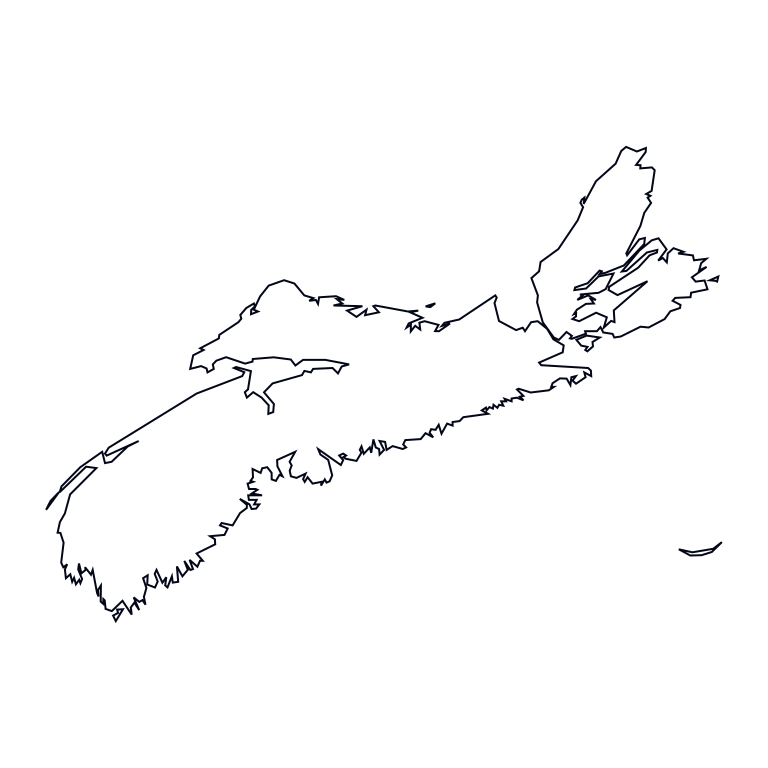 map outline of Nova Scotia (Equal Earth projection)
{"feature_id": "CAN-685", "entity_name": "Nova Scotia", "entity_type": "Province", "adm_level": 1, "iso_a3": "CAN", "parent_name": "Canada", "parent_adm1": "", "projection": "equal_earth", "projection_center": [-62.958, 45.228], "detail": "fine", "context": "isolated", "style": "outline", "palette": "ink", "viewbox_px": 768, "rotation_deg": 0, "n_neighbors": 0, "source": "natural_earth", "source_scale": "10m", "svg_char_len": 6097}
<svg xmlns="http://www.w3.org/2000/svg" viewBox="0 0 768 768"><path d="M268.7,285.6L284.1,280.2L294.4,283.5L304.3,295.4L313.4,298.1L309.2,300.8L315.9,300.0L318.0,303.9L319.1,297.3L336.0,296.2L344.3,299.9L336.8,299.1L342.3,303.5L333.5,305.5L362.4,306.2L347.1,310.6L356.5,316.9L366.5,309.7L365.1,315.2L378.9,312.3L373.4,306.2L375.4,305.5L408.0,311.5L418.3,310.6L410.1,312.3L422.5,317.8L408.7,323.4L406.6,327.6L410.9,324.7L410.8,331.4L415.2,325.8L420.2,329.5L419.4,322.7L424.6,321.2L438.5,324.9L435.1,331.1L439.0,331.2L450.0,323.5L441.9,325.9L444.5,322.8L459.2,319.5L495.3,295.4L496.7,297.6L494.5,303.1L499.0,321.0L516.1,330.1L522.7,327.7L525.0,331.2L531.1,322.2L537.7,321.2L547.1,328.8L553.4,339.3L563.7,345.4L562.7,352.3L539.1,362.6L541.2,365.2L588.1,368.0L590.9,370.6L591.2,376.1L584.3,372.4L585.6,377.2L576.0,383.7L572.6,380.6L575.9,376.1L571.4,377.2L570.4,385.1L566.6,378.6L559.9,378.4L552.6,383.2L551.2,386.9L553.9,386.9L548.8,390.3L530.7,392.5L518.6,388.7L517.0,389.5L523.4,395.9L519.9,396.7L523.5,400.3L516.9,397.7L511.6,398.5L511.6,401.3L504.6,398.8L506.0,401.3L501.2,401.3L503.3,405.7L499.1,404.8L497.4,407.8L493.5,404.8L492.9,408.6L489.4,407.1L486.6,410.4L485.9,407.6L481.8,410.4L488.1,413.8L463.3,417.2L459.6,421.1L452.6,422.0L452.6,425.6L447.1,423.6L441.5,433.7L438.7,424.8L435.6,429.8L431.1,429.2L429.6,432.8L433.2,437.3L425.5,433.2L420.7,439.1L405.3,440.1L403.2,444.5L406.1,447.4L402.8,449.0L392.6,446.1L386.6,449.9L385.1,441.9L379.6,441.0L384.1,449.9L379.6,454.6L379.1,449.0L375.8,447.5L373.4,439.4L371.2,452.8L369.8,447.4L363.8,453.8L361.5,446.4L359.8,449.8L361.4,452.8L356.5,460.9L345.9,458.8L343.3,457.2L346.1,455.5L343.1,453.6L339.2,455.5L343.2,460.1L340.8,465.0L318.2,449.1L320.4,454.5L328.2,459.9L332.2,475.4L329.6,481.3L326.5,482.6L324.8,479.4L321.0,485.6L321.6,481.8L312.6,483.6L307.6,477.2L304.7,481.9L303.1,479.1L305.6,473.6L296.5,477.9L290.9,476.3L289.7,470.6L291.7,465.4L289.6,461.8L295.2,451.8L277.1,460.0L277.4,466.3L282.5,476.3L279.5,474.8L275.9,480.9L271.7,479.4L271.6,472.8L267.2,467.2L262.2,468.3L260.6,472.9L252.6,469.0L253.0,477.4L250.5,480.9L253.2,481.8L247.6,483.6L249.0,489.0L255.6,489.0L257.4,489.8L251.8,493.5L262.1,495.3L248.2,495.3L248.9,499.9L256.6,499.9L254.1,504.4L259.3,504.4L256.1,508.6L251.6,509.0L249.5,504.4L239.8,498.9L246.9,504.8L246.8,508.0L240.1,513.0L232.6,525.4L221.6,523.0L220.0,525.4L227.7,528.5L224.5,534.9L210.1,536.2L214.9,539.3L215.2,544.3L196.6,553.5L202.8,560.8L200.0,560.8L197.4,566.7L189.6,559.9L193.0,569.1L190.4,570.0L184.3,560.9L187.8,569.8L182.4,576.3L176.9,566.4L178.2,581.8L172.8,582.6L171.9,576.3L167.5,587.4L165.2,585.4L166.3,577.2L162.4,582.7L156.5,569.9L154.7,573.9L157.7,581.5L155.0,587.5L147.2,584.5L147.7,575.3L143.1,578.2L146.4,588.0L143.9,596.9L145.5,604.7L142.5,600.1L139.3,601.9L133.7,597.4L139.2,610.1L134.4,602.6L130.8,607.4L131.7,614.6L122.5,600.8L111.8,611.1L105.6,608.9L104.7,600.4L103.4,599.1L103.2,603.8L100.7,601.6L100.9,585.5L98.0,590.0L98.6,596.5L97.1,593.1L92.7,569.9L91.0,574.7L85.0,567.2L85.7,569.9L81.4,573.3L79.0,563.5L78.2,569.4L82.1,579.0L80.4,583.2L79.2,579.8L75.9,584.3L74.1,577.8L72.2,581.8L70.3,574.3L65.9,578.2L64.9,569.4L67.2,564.3L63.3,567.3L61.2,562.6L63.6,542.7L60.4,532.9L57.6,532.7L59.9,522.1L64.9,513.4L70.1,494.4L96.4,468.1L86.1,466.7L59.7,492.2L61.5,486.4L80.3,467.2L102.2,451.8L105.0,463.1L111.6,461.8L127.7,446.5L138.7,441.0L106.7,455.6L105.0,453.6L108.7,447.7L196.7,393.5L242.2,376.1L244.3,372.2L233.9,368.0L236.0,367.0L250.9,371.1L248.0,389.4L244.8,392.2L246.9,397.6L253.2,392.2L261.5,397.5L268.7,405.3L268.3,413.9L273.2,412.1L273.9,404.0L264.0,392.3L272.6,383.4L302.0,375.1L304.4,370.9L310.9,372.4L313.1,368.9L332.5,368.0L338.0,373.4L341.7,366.5L349.1,364.4L325.5,359.9L303.0,359.9L295.4,365.5L290.8,359.5L273.7,357.3L252.8,359.0L252.5,361.6L245.1,363.6L226.1,357.2L216.3,360.7L212.8,364.4L213.8,368.9L207.5,372.4L206.6,368.5L201.1,366.1L190.2,368.9L193.2,355.3L203.6,350.0L200.2,348.3L218.9,338.4L219.3,334.9L238.4,322.2L241.3,318.7L240.3,315.0L246.3,308.0L253.9,303.5L255.0,306.3L251.2,309.9L251.0,314.2L258.0,311.5L253.8,309.7L260.1,296.4L268.7,285.6ZM680.0,308.0L670.3,311.3L664.6,319.1L648.6,327.5L640.5,326.7L620.8,336.5L614.3,337.5L612.6,333.9L603.3,332.5L600.5,327.1L596.9,331.2L585.1,331.2L585.9,333.7L571.8,338.8L570.0,338.4L571.9,335.9L566.5,332.0L558.9,339.9L553.8,337.5L542.8,322.4L537.1,302.4L537.9,295.4L531.4,278.1L539.1,271.3L540.6,262.0L558.4,249.0L577.7,220.3L583.1,207.2L580.4,202.9L581.8,199.7L584.4,197.6L583.7,203.9L596.0,181.2L615.6,163.7L621.3,150.9L626.1,146.9L636.9,151.5L645.9,148.0L645.7,152.0L636.1,164.9L640.5,165.2L640.3,168.4L651.9,167.4L654.7,170.2L651.6,190.9L646.2,194.0L650.4,195.8L647.6,197.6L651.1,202.9L644.3,212.8L640.4,225.9L626.3,253.4L627.1,255.3L639.3,239.3L644.9,238.0L644.2,244.0L623.8,265.5L605.4,272.8L599.7,274.0L601.8,271.3L599.6,270.6L587.7,283.2L575.1,287.5L574.4,290.1L586.1,288.5L598.6,276.4L613.5,273.5L605.7,289.1L598.6,292.8L580.0,294.5L582.7,295.4L577.3,299.9L588.2,295.4L595.9,299.9L590.7,299.0L593.9,303.5L585.9,303.9L576.9,309.7L573.9,314.2L576.1,313.3L576.0,316.4L572.5,319.0L579.2,321.2L596.1,312.7L606.8,317.3L603.8,327.6L611.1,320.9L614.5,322.1L613.8,310.4L647.5,281.2L617.5,295.1L608.6,290.0L609.1,286.9L638.2,267.7L649.6,255.3L657.0,252.5L657.3,249.9L646.9,252.5L626.4,270.9L621.9,271.5L639.4,250.5L651.8,240.3L658.5,238.3L666.6,249.4L658.2,260.6L662.8,258.0L666.8,262.4L667.8,253.4L673.5,248.2L683.5,251.8L678.1,253.5L692.9,255.4L694.0,260.3L706.4,258.8L701.2,263.1L699.1,270.4L706.6,266.9L691.9,277.3L695.7,281.6L704.6,280.5L707.5,289.3L691.1,292.7L690.5,297.2L675.2,297.9L672.6,300.8L680.5,304.9L680.0,308.0ZM586.6,335.6L599.8,337.5L592.5,342.0L593.0,346.4L587.4,351.3L585.3,350.0L587.5,346.9L581.2,345.6L576.4,339.8L586.6,335.6ZM713.2,548.8L721.9,542.1L711.8,552.0L701.6,555.2L690.3,555.5L678.8,549.3L692.4,552.3L713.2,548.8ZM118.1,612.9L117.1,609.6L123.0,609.2L115.8,621.1L113.1,615.6L118.1,612.9ZM50.5,501.0L59.1,492.0L46.1,509.8L50.5,501.0ZM717.1,281.6L715.3,280.8L709.8,280.3L718.3,276.5L717.1,281.6ZM425.6,306.4L435.3,303.3L430.3,307.1L425.6,306.4Z" fill="none" stroke="#020617" stroke-width="2"/></svg>